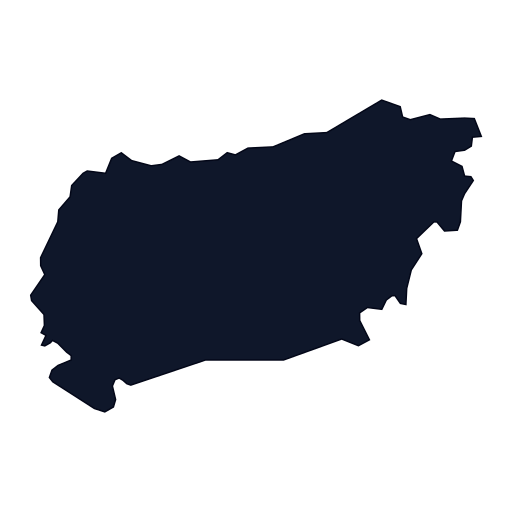 SVG path tracing the border of West Sussex
{"feature_id": "GBR-2748", "entity_name": "West Sussex", "entity_type": "Administrative County", "adm_level": 1, "iso_a3": "GBR", "parent_name": "United Kingdom", "parent_adm1": "", "projection": "mercator", "projection_center": [-0.467, 50.946], "detail": "fine", "context": "isolated", "style": "filled", "palette": "ink", "viewbox_px": 512, "rotation_deg": 0, "n_neighbors": 0, "source": "natural_earth", "source_scale": "10m", "svg_char_len": 1280}
<svg xmlns="http://www.w3.org/2000/svg" viewBox="0 0 512 512"><path d="M369.4,339.8L358.4,345.7L341.7,339.0L283.5,360.0L205.4,360.0L130.8,385.1L126.8,383.7L123.0,380.3L119.2,378.0L115.0,379.7L112.4,386.0L115.6,399.6L113.4,407.0L104.8,411.9L94.4,408.5L52.8,381.8L49.4,377.5L52.0,370.1L58.1,365.4L71.2,360.0L71.2,355.6L66.7,352.2L57.8,343.2L52.5,340.4L50.3,342.8L44.8,345.9L41.5,345.1L46.0,335.4L41.1,332.7L44.4,325.5L44.0,314.5L31.6,300.6L30.7,295.2L44.8,274.6L40.7,265.7L40.6,257.7L57.8,221.8L58.8,209.9L70.1,196.8L71.7,185.5L83.1,173.3L87.2,171.0L105.6,173.3L111.7,158.3L121.3,152.8L131.6,160.6L151.2,165.8L162.0,164.4L179.1,155.9L190.5,162.0L218.0,159.8L227.2,152.7L235.4,154.9L248.0,148.1L273.0,146.9L304.4,133.8L326.8,132.6L381.7,100.1L400.2,106.7L402.6,117.0L410.3,119.7L429.9,114.6L440.3,119.1L464.6,118.1L474.3,118.6L481.3,136.4L472.4,137.2L471.3,146.1L464.6,150.2L455.0,151.5L451.4,161.0L462.0,166.4L464.6,176.1L470.9,176.7L473.3,180.5L464.6,193.6L461.5,200.8L460.4,221.8L457.4,230.2L444.5,231.0L436.9,221.9L433.8,221.9L416.5,238.6L421.8,253.7L411.3,269.9L406.7,288.4L406.3,296.4L406.0,302.0L405.9,304.5L400.4,303.4L395.0,295.6L391.8,295.8L386.3,300.0L381.8,309.3L367.4,307.5L359.6,312.9L359.7,320.5L369.4,339.8Z" fill="#0f172a" stroke="#020617" stroke-width="1.5"/></svg>